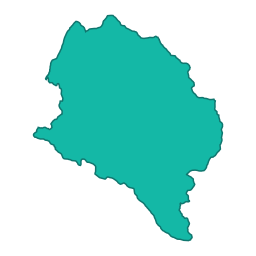 Buenos Aires, Puntarenas, Costa Rica
{"feature_id": "36466004B75428693831232", "entity_name": "Buenos Aires", "entity_type": "district", "adm_level": 2, "iso_a3": "CRI", "parent_name": "Costa Rica", "parent_adm1": "Puntarenas", "projection": "natural_earth1", "projection_center": [-83.259, 9.079], "detail": "fine", "context": "isolated", "style": "filled", "palette": "teal", "viewbox_px": 256, "rotation_deg": 0, "n_neighbors": 0, "source": "geoboundaries", "source_scale": "gbopen_adm2", "svg_char_len": 5716}
<svg xmlns="http://www.w3.org/2000/svg" viewBox="0 0 256 256"><path d="M160.9,228.5L162.8,230.6L163.8,231.0L165.3,232.1L167.1,233.0L167.6,233.0L168.7,233.7L169.9,234.9L170.5,235.8L171.3,236.4L172.7,237.1L173.7,237.3L177.3,239.1L180.3,239.3L183.7,240.3L188.6,240.6L189.3,240.2L190.5,239.9L191.1,238.7L191.9,237.9L192.1,237.1L191.7,236.0L191.6,235.1L189.3,233.5L187.8,231.5L187.9,229.4L187.6,228.7L187.6,227.4L188.3,226.5L188.8,225.1L189.2,224.5L189.4,223.3L188.1,220.7L187.8,219.2L187.4,218.5L186.9,218.1L185.9,218.0L185.3,218.3L184.7,218.3L184.3,217.9L183.5,216.7L182.3,216.1L182.1,215.7L182.0,214.1L181.1,213.4L180.1,211.3L179.2,210.2L179.4,209.1L179.7,208.8L180.0,208.2L179.9,206.8L180.6,204.8L180.1,204.2L180.1,203.9L180.5,203.1L181.7,203.6L182.6,203.6L184.6,202.7L185.2,202.0L185.9,201.7L188.6,201.8L189.4,201.3L189.4,200.9L189.2,200.5L188.4,200.1L188.3,196.0L187.7,195.1L186.6,194.3L186.4,193.7L186.4,192.8L187.6,190.5L190.1,190.2L191.0,189.8L192.3,188.3L192.9,187.3L193.6,186.6L194.7,184.5L194.6,184.0L193.9,182.8L193.3,180.6L193.3,179.4L193.1,178.8L191.9,177.9L191.0,177.0L188.9,176.0L187.9,175.2L186.8,174.7L186.6,174.6L186.7,174.3L190.1,171.1L192.2,170.3L195.1,170.1L197.2,170.4L199.1,170.9L200.7,171.0L201.8,171.0L202.1,170.8L204.0,170.6L204.4,170.1L205.0,169.7L206.4,167.6L206.8,165.4L207.6,164.4L208.6,161.2L209.5,159.3L210.7,157.6L211.2,157.2L213.0,157.1L214.0,156.3L215.3,155.5L217.5,152.2L218.5,151.5L220.4,149.1L220.0,145.0L220.2,144.5L220.6,144.2L220.9,143.5L221.9,140.7L221.9,139.1L221.5,138.0L221.5,137.5L222.4,132.9L221.5,130.4L221.4,129.2L222.5,126.6L222.5,124.3L221.9,123.0L221.3,122.4L220.7,122.1L219.9,121.4L219.7,120.0L218.8,116.9L218.8,115.1L217.9,114.8L217.4,114.2L217.0,113.9L216.9,111.6L215.1,110.1L214.7,108.9L215.0,107.1L214.9,102.8L215.3,100.9L214.4,100.3L213.9,99.2L211.9,99.5L209.8,99.6L206.4,98.5L204.1,98.3L202.9,97.6L199.0,97.7L197.9,97.3L196.9,96.6L195.6,94.6L194.6,93.6L193.9,93.2L193.3,92.5L192.4,91.1L191.5,88.2L191.8,87.5L193.2,86.3L193.9,86.1L194.2,85.4L194.2,84.5L194.0,83.6L194.0,82.8L192.9,81.4L192.0,80.7L190.9,79.4L188.7,77.5L188.6,75.4L187.8,72.5L187.8,71.8L188.5,70.6L189.5,69.5L189.8,69.1L189.8,68.2L190.1,67.4L189.6,66.7L189.4,65.6L187.8,63.9L186.4,63.3L184.6,63.2L184.3,63.3L183.0,63.3L181.4,62.7L180.5,61.9L179.7,60.1L178.6,59.7L177.6,58.5L176.3,57.8L175.9,57.4L175.7,56.5L175.0,55.8L171.0,55.4L170.3,54.4L170.2,53.7L169.8,53.2L167.1,50.5L166.6,49.5L165.8,48.7L164.8,48.1L163.9,47.2L163.0,46.0L162.6,45.1L161.6,44.6L160.8,43.3L160.3,42.7L159.9,41.2L159.4,40.5L159.2,39.4L158.8,39.0L157.8,37.2L157.1,37.2L155.9,36.3L154.8,36.7L154.1,37.3L152.5,37.6L149.8,37.4L148.0,37.9L144.0,38.4L142.5,38.3L140.8,37.8L140.1,36.8L138.0,35.0L137.1,33.0L136.4,32.1L134.9,31.6L134.3,31.3L132.2,31.1L128.4,29.0L126.2,28.1L124.6,25.9L124.1,25.7L123.1,25.7L121.8,25.4L120.9,24.9L120.5,24.2L120.2,23.0L119.4,21.8L117.8,20.5L115.7,17.8L115.2,17.3L114.2,16.8L113.0,15.5L111.0,15.4L107.6,15.7L107.0,16.5L106.7,17.4L106.0,18.3L104.2,20.4L103.6,20.8L103.2,21.7L102.8,23.8L102.1,25.2L101.2,26.5L100.1,27.3L98.3,27.7L96.5,28.5L94.0,28.5L89.8,29.0L89.0,29.4L87.8,30.6L86.7,30.9L85.7,31.7L85.4,30.7L84.7,29.2L84.5,28.3L84.1,27.6L83.7,27.3L83.3,26.7L81.2,25.5L80.7,24.9L80.3,23.8L79.2,22.6L77.6,21.7L76.0,21.4L74.3,22.9L72.9,24.7L72.6,25.3L71.5,26.2L70.9,27.1L69.9,27.8L69.5,29.5L68.2,30.6L67.4,31.6L67.0,32.5L66.6,33.1L65.8,35.0L64.6,37.6L63.8,40.3L63.2,43.5L62.8,44.1L62.0,46.0L61.5,48.4L60.9,49.7L60.4,50.4L60.2,51.2L58.0,55.3L56.9,58.0L56.2,58.7L52.4,60.1L51.6,61.3L50.7,63.3L50.6,65.1L50.2,66.4L50.1,68.7L49.8,69.4L49.7,71.4L49.0,72.8L48.8,73.8L48.4,74.5L48.0,74.8L47.8,75.6L46.8,76.2L45.6,78.7L45.9,79.4L46.3,79.6L47.3,77.7L47.5,77.5L47.8,77.5L48.0,77.8L48.5,79.2L48.4,80.6L48.5,81.2L49.6,82.7L52.1,82.7L53.0,83.5L53.5,84.3L54.6,84.8L55.9,85.6L56.7,85.5L57.1,84.2L57.4,83.8L57.9,83.6L58.6,83.7L59.3,85.5L59.6,87.9L60.9,88.6L61.2,89.2L61.5,90.3L61.5,91.2L61.2,94.0L62.9,98.3L62.8,99.2L62.6,100.0L62.6,100.7L62.3,101.1L60.2,101.1L59.9,103.2L59.2,104.6L59.1,105.8L59.4,106.9L60.2,108.5L61.4,109.8L62.1,110.8L62.1,113.7L61.8,113.8L61.7,114.3L61.4,114.3L57.8,117.0L57.2,118.6L56.5,119.3L55.0,119.4L53.1,120.9L51.7,122.8L51.0,123.7L51.0,124.2L51.7,125.3L51.8,126.7L52.0,127.4L51.8,127.7L50.3,129.2L49.8,129.4L49.3,129.5L48.4,128.6L47.1,128.5L45.4,127.4L44.9,127.3L43.7,127.5L42.4,128.1L41.4,127.9L39.9,128.0L39.0,127.5L38.3,127.4L38.3,127.9L37.8,128.2L36.6,130.3L36.7,130.7L36.7,131.4L36.6,131.8L35.2,132.6L33.8,133.9L33.5,134.9L33.7,135.8L34.7,137.1L36.1,137.3L37.7,138.2L40.4,139.0L43.7,139.0L44.9,139.9L45.7,140.2L47.3,140.4L49.2,141.3L50.5,143.5L51.1,144.0L53.8,145.0L54.5,146.9L55.2,147.3L55.5,147.8L55.5,148.2L55.2,148.7L55.4,149.3L57.1,150.8L58.3,152.1L60.4,153.2L61.2,153.8L61.8,154.9L62.9,157.7L64.0,158.7L65.2,158.9L68.0,159.1L69.0,159.5L70.5,159.7L71.5,160.4L72.2,160.6L75.7,160.9L77.3,162.6L78.2,164.5L79.2,165.2L80.5,165.4L81.0,164.1L80.9,161.7L81.2,160.1L82.2,159.1L83.9,159.1L84.7,159.4L85.5,160.1L86.8,161.9L87.4,162.2L89.4,162.4L93.3,164.0L95.2,165.7L95.7,166.8L95.6,171.6L95.1,173.0L95.0,174.0L99.5,177.6L105.1,179.1L105.8,178.6L106.7,177.5L107.6,177.0L108.6,177.1L109.8,177.6L111.4,177.8L113.0,178.4L115.7,180.2L117.3,181.5L118.2,182.8L120.1,184.1L120.7,184.2L122.4,183.6L123.3,183.1L124.1,183.0L126.1,184.4L126.9,185.7L128.5,187.0L129.8,187.6L131.1,187.8L133.7,188.5L134.2,189.6L134.3,191.1L134.7,193.4L135.2,194.1L137.0,195.9L137.3,197.6L137.7,198.6L138.5,199.2L139.2,200.2L143.1,202.8L144.4,204.1L144.9,204.8L145.3,205.7L146.6,206.9L147.3,207.9L148.4,209.0L149.1,210.0L150.6,211.5L151.1,212.7L153.4,215.0L154.0,215.8L154.5,217.5L155.4,219.3L156.6,223.1L157.8,224.5L158.3,225.3L160.3,226.7L160.9,228.2L160.9,228.5Z" fill="#14b8a6" stroke="#0f766e" stroke-width="1.5"/></svg>